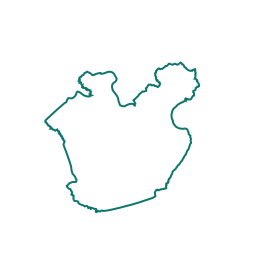 Kinshasa, Kinshasa City, Democratic Republic of the Congo, rotated 136°
{"feature_id": "63176286B79360907689545", "entity_name": "Kinshasa", "entity_type": "district", "adm_level": 2, "iso_a3": "COD", "parent_name": "Democratic Republic of the Congo", "parent_adm1": "Kinshasa City", "projection": "mercator", "projection_center": [15.673, -4.477], "detail": "fine", "context": "isolated", "style": "outline", "palette": "teal", "viewbox_px": 256, "rotation_deg": 136, "n_neighbors": 0, "source": "geoboundaries", "source_scale": "gbopen_adm2", "svg_char_len": 5850}
<svg xmlns="http://www.w3.org/2000/svg" viewBox="0 0 256 256"><g transform="rotate(136 128 128)"><path d="M210.9,95.7L209.2,95.2L208.4,93.2L207.4,92.2L207.2,91.6L207.5,91.0L208.0,90.6L208.8,90.7L209.3,90.2L209.4,89.8L209.1,89.4L207.1,89.1L206.7,88.0L205.6,87.2L204.7,87.2L204.0,86.8L203.7,85.8L202.0,84.3L197.9,81.5L189.2,76.3L178.7,70.4L173.0,67.4L159.1,60.7L156.6,60.0L155.5,60.1L153.8,62.7L152.7,63.3L150.8,63.7L150.7,63.4L149.8,63.2L149.8,62.8L149.4,62.7L149.3,62.0L149.0,61.7L148.3,61.7L147.6,61.2L147.2,61.2L146.9,60.8L145.9,60.4L144.9,59.4L144.1,59.3L143.6,58.7L142.5,58.1L141.7,58.7L141.7,59.0L141.1,59.8L140.3,59.9L139.7,60.9L139.3,60.9L139.1,61.3L138.7,61.5L138.1,60.9L137.0,60.8L136.6,61.5L135.8,61.6L135.1,62.5L134.7,62.5L134.0,62.9L133.6,62.6L132.9,63.0L131.6,63.1L129.5,64.1L128.4,64.3L125.8,65.7L123.5,65.7L122.7,65.4L119.7,66.1L117.7,66.4L116.4,66.2L113.7,66.9L111.2,67.2L109.3,67.9L108.5,67.9L107.5,68.4L104.4,69.0L101.4,70.4L99.9,70.6L98.0,71.2L97.2,71.9L96.1,72.2L95.3,72.9L94.2,73.3L93.1,73.4L92.6,74.0L91.8,75.4L90.2,76.5L89.5,78.3L88.5,79.1L88.6,81.2L87.5,82.9L86.5,85.4L86.5,86.4L86.9,87.4L87.5,88.2L89.2,89.3L89.9,90.4L90.8,91.2L91.9,93.1L92.6,95.9L92.4,98.1L91.9,100.5L91.4,101.4L90.4,102.3L90.4,103.1L89.9,104.3L89.1,105.5L87.3,107.6L83.2,110.0L81.3,110.3L79.3,110.0L76.1,110.2L72.9,109.5L70.4,108.5L69.9,108.6L67.4,107.5L67.2,107.5L67.6,108.0L67.5,108.4L67.0,108.7L66.8,109.1L66.5,109.1L66.6,108.9L66.4,108.7L66.0,108.5L66.1,108.3L65.8,108.5L65.8,108.0L65.0,107.5L64.4,106.2L63.1,105.1L62.0,105.1L59.4,106.0L58.7,105.9L58.2,105.5L57.8,105.6L56.2,107.4L56.1,108.5L55.1,109.0L55.5,109.1L55.3,109.3L53.5,108.5L52.5,108.9L51.6,109.7L50.2,109.4L49.4,109.7L48.7,108.8L47.7,108.8L46.8,109.8L46.6,110.6L46.2,111.2L45.9,114.1L45.1,114.2L45.0,114.5L45.1,116.4L45.6,117.0L45.2,117.0L44.7,117.5L44.6,117.8L44.0,118.0L43.3,118.6L42.9,119.1L43.1,119.7L42.8,119.4L42.5,119.4L42.4,119.9L41.2,120.4L40.8,121.0L40.8,121.5L40.1,122.1L40.1,122.7L39.5,122.9L39.7,123.4L39.1,123.4L38.9,123.8L39.9,124.1L40.4,124.0L40.7,124.7L41.1,124.9L41.8,125.0L42.2,124.8L42.3,125.1L43.2,125.5L44.4,127.5L44.8,129.5L44.8,130.6L44.5,131.4L45.1,132.4L44.4,134.4L44.3,135.5L44.9,136.2L44.6,136.9L44.5,138.1L44.7,138.5L47.2,138.8L48.7,139.4L49.6,141.5L49.9,141.9L51.7,142.4L52.2,142.8L53.7,145.7L54.6,145.8L56.5,145.6L57.1,145.7L57.9,146.5L59.6,146.4L62.4,146.8L63.0,147.5L64.0,147.9L64.5,148.8L64.3,149.1L64.9,149.7L67.9,149.6L67.9,149.2L68.2,149.1L68.1,149.4L68.5,149.3L69.2,148.5L70.5,148.5L70.4,148.0L72.0,146.9L72.3,145.4L72.8,145.0L72.9,144.4L73.7,143.9L74.0,142.7L73.8,142.4L74.3,142.2L74.0,141.6L74.2,141.4L73.9,140.9L74.1,140.4L73.8,139.5L74.1,139.2L73.7,138.6L74.2,137.9L74.1,137.7L76.1,136.6L77.0,136.8L77.9,136.6L78.2,136.9L78.3,137.9L79.6,139.8L79.5,140.5L79.8,141.2L81.2,142.0L81.5,142.6L81.4,142.9L81.7,143.7L83.0,144.7L84.2,144.7L86.4,143.9L87.2,144.2L87.9,143.8L88.2,143.0L89.1,142.1L91.4,143.2L92.4,144.3L95.0,144.2L96.5,144.5L98.2,144.0L103.1,144.0L104.7,144.2L105.4,141.7L105.8,141.1L105.6,140.7L105.8,140.4L106.5,140.7L106.7,140.1L107.2,139.7L107.3,140.3L107.6,140.1L107.8,141.8L108.6,143.0L111.2,144.7L115.5,146.1L116.9,147.6L117.9,149.8L116.2,153.8L114.7,156.0L113.9,157.8L113.4,160.0L113.0,164.5L112.6,166.1L111.2,168.4L109.3,170.1L107.3,170.5L104.8,170.1L103.2,170.5L101.8,171.5L100.4,177.0L100.7,179.1L101.8,181.0L103.6,182.4L107.4,184.0L109.5,185.4L109.7,186.0L109.5,186.7L111.3,187.9L113.6,189.2L115.8,189.8L116.9,190.8L117.0,193.2L118.3,197.0L119.6,197.1L121.5,197.7L123.1,197.1L124.7,197.8L126.1,197.3L126.7,197.8L128.0,197.9L128.4,197.7L128.6,196.9L129.4,196.8L129.4,196.5L129.7,196.5L129.7,196.2L129.5,196.3L129.4,195.9L130.1,195.5L130.5,194.7L130.6,194.8L130.5,194.3L130.9,194.3L130.7,193.7L130.9,193.7L130.3,193.2L131.3,191.6L131.1,191.0L131.4,190.5L131.1,190.4L131.4,190.2L131.2,190.2L131.6,189.8L131.6,189.2L132.0,189.2L132.4,188.6L132.5,188.0L131.1,186.8L131.3,186.6L131.0,185.7L130.7,185.6L130.9,185.3L130.7,185.1L131.0,185.1L130.9,184.9L131.1,185.1L131.1,184.4L131.3,184.3L130.9,183.4L129.9,182.9L129.6,182.2L129.8,182.2L129.5,181.9L129.7,181.4L129.5,180.9L129.6,180.6L129.4,180.6L129.8,180.1L129.7,179.7L130.1,179.6L130.2,179.3L130.7,179.3L130.8,179.1L131.4,179.3L131.4,179.1L131.8,179.1L132.5,178.5L132.3,177.8L131.6,177.2L131.4,176.7L134.1,177.7L135.3,178.9L136.6,181.0L137.2,182.7L138.0,187.5L138.9,189.2L140.3,189.4L141.2,188.6L143.8,187.7L145.0,187.7L146.9,187.9L148.4,188.9L150.3,191.0L153.0,190.2L154.4,189.4L156.4,190.0L168.8,190.6L182.1,190.8L182.5,190.6L182.6,190.2L182.8,190.2L182.9,189.7L183.3,189.4L183.0,188.6L183.2,188.1L183.0,187.4L183.3,187.0L183.1,186.9L183.6,185.5L183.5,184.8L183.2,184.7L183.1,183.9L182.9,183.7L182.9,182.9L183.2,182.8L183.3,182.0L183.5,181.9L183.4,181.8L183.7,181.6L183.7,181.3L183.3,181.0L183.2,180.8L183.4,180.8L183.1,180.6L183.4,179.9L183.3,179.4L182.2,177.8L182.3,176.7L181.6,176.3L181.0,176.3L180.6,175.9L180.0,176.0L180.4,174.4L180.0,173.7L180.4,173.5L180.1,173.1L180.4,172.5L181.5,172.2L181.5,171.6L181.1,171.3L181.5,170.6L181.5,170.3L181.2,170.1L181.4,169.7L181.1,169.8L181.4,168.9L181.2,168.1L181.5,167.3L182.4,166.5L181.9,165.6L182.7,165.0L182.6,164.5L182.8,164.4L182.7,164.1L183.0,163.0L182.8,162.5L185.5,161.2L186.4,160.1L189.1,153.6L193.7,143.7L195.9,139.5L198.1,136.7L199.6,133.7L199.9,129.6L200.5,128.6L201.0,126.5L202.3,125.5L202.8,125.4L205.6,127.8L208.4,128.9L209.8,129.0L210.3,128.8L212.2,128.9L212.8,127.6L212.6,126.9L212.7,125.3L211.9,123.8L212.5,122.6L212.7,121.0L213.7,119.8L214.4,119.8L214.9,119.5L214.9,119.0L214.0,117.5L214.1,117.0L214.3,116.8L215.2,116.5L215.5,115.7L216.4,115.0L217.0,114.0L217.1,112.7L216.4,112.0L215.0,109.7L215.1,109.3L215.8,108.3L215.6,106.8L213.7,102.8L213.5,101.6L212.2,100.9L211.7,100.3L211.6,99.2L212.2,98.1L212.1,97.8L211.5,97.6L210.9,97.7L210.2,97.0L210.1,96.6L210.9,95.7Z" fill="none" stroke="#0f766e" stroke-width="2"/></g></svg>